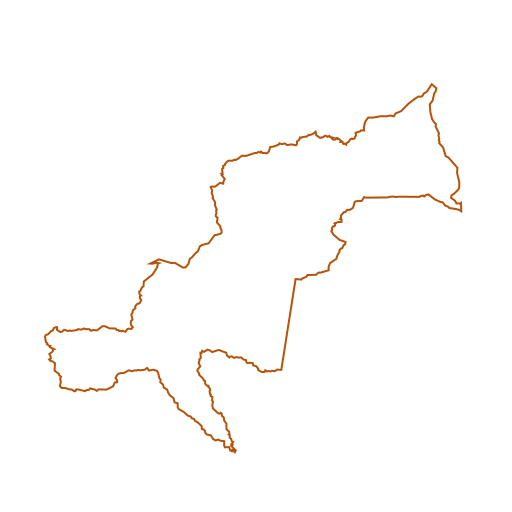 outline of San Juan Bosco, Morona Santiago, Ecuador, rotated 99°
{"feature_id": "8360857B91956383415021", "entity_name": "San Juan Bosco", "entity_type": "district", "adm_level": 2, "iso_a3": "ECU", "parent_name": "Ecuador", "parent_adm1": "Morona Santiago", "projection": "robinson", "projection_center": [-78.379, -3.26], "detail": "fine", "context": "isolated", "style": "outline", "palette": "amber", "viewbox_px": 512, "rotation_deg": 99, "n_neighbors": 0, "source": "geoboundaries", "source_scale": "gbopen_adm2", "svg_char_len": 6106}
<svg xmlns="http://www.w3.org/2000/svg" viewBox="0 0 512 512"><g transform="rotate(99 256 256)"><path d="M280.0,359.2L279.8,357.1L278.2,353.1L278.3,350.9L278.8,351.8L282.4,351.8L290.4,355.2L298.7,362.8L303.5,362.4L305.3,364.0L308.4,364.7L309.5,365.8L311.8,365.1L313.1,363.3L314.1,364.3L315.6,364.3L317.5,362.4L321.0,363.7L321.8,365.6L323.0,366.6L325.0,367.5L326.4,366.9L329.0,369.2L331.1,369.0L333.3,370.0L338.2,368.0L339.4,369.1L341.7,369.3L343.7,368.6L345.6,366.5L347.6,367.7L347.5,369.6L348.2,371.5L351.3,373.1L350.8,376.1L351.4,377.0L351.0,377.9L351.5,379.5L350.7,380.3L350.8,382.2L349.6,383.3L350.4,389.9L349.7,391.2L349.0,394.6L349.4,396.7L354.4,401.4L354.5,405.1L355.7,407.3L354.4,409.3L354.9,413.2L354.4,414.3L356.1,417.1L356.1,420.5L357.1,421.2L358.9,426.8L358.7,428.2L359.5,429.9L358.9,434.0L361.0,435.6L361.7,437.5L360.0,441.1L357.5,441.3L357.3,441.8L358.6,444.2L361.6,445.3L362.3,446.7L365.3,448.6L367.3,451.5L368.6,451.7L371.1,451.0L373.9,450.0L374.9,448.4L375.7,448.7L377.2,446.2L377.0,445.1L378.3,445.3L379.6,440.9L380.2,442.0L381.4,441.7L382.9,442.6L385.2,444.8L387.1,443.3L389.2,442.6L390.6,444.1L391.9,442.3L391.9,440.5L393.3,437.8L400.8,437.0L403.2,432.3L404.6,431.7L405.7,429.7L407.8,430.2L410.7,429.1L415.2,429.3L416.7,427.5L416.3,423.2L417.0,419.2L416.6,417.2L418.1,414.3L417.7,413.2L416.5,413.1L415.6,411.8L416.2,403.5L415.0,402.7L414.3,400.1L412.7,399.1L413.1,394.4L414.1,392.1L412.3,390.5L411.4,382.9L407.1,376.8L403.0,375.7L402.4,373.4L400.7,373.7L398.4,375.7L394.8,374.3L393.3,372.6L392.0,367.8L388.8,363.8L389.2,360.5L387.8,357.6L387.9,356.4L387.1,354.9L386.9,352.0L385.7,348.1L383.6,346.0L385.9,343.8L384.3,339.4L385.0,335.8L386.8,334.3L391.6,332.4L393.1,330.8L395.7,330.8L397.5,327.7L400.4,326.5L401.9,322.8L404.5,321.5L407.2,319.2L409.2,315.3L413.3,313.5L413.7,310.4L417.9,309.6L419.2,308.6L421.4,302.8L424.3,298.5L424.8,295.3L426.4,293.9L426.6,291.7L428.3,290.5L430.0,286.6L432.6,283.0L435.5,282.4L435.5,280.4L436.9,278.9L438.5,278.5L440.0,276.8L440.2,272.5L443.5,269.7L444.5,267.0L443.2,264.6L444.0,262.2L443.9,258.4L447.9,257.9L449.8,256.9L449.0,252.7L452.1,251.0L452.6,249.5L452.2,247.5L453.1,246.1L452.1,245.9L451.6,246.7L451.1,246.1L450.7,248.3L450.0,247.3L447.5,250.7L447.0,250.1L445.9,250.8L445.8,249.7L444.9,250.2L443.2,249.4L442.9,250.8L440.5,252.0L439.5,253.5L437.0,254.0L436.6,255.0L435.9,254.4L433.9,254.9L431.7,258.1L426.2,259.0L423.6,261.6L420.3,262.7L419.2,264.7L416.8,265.3L416.4,266.6L417.4,267.3L417.2,268.9L413.3,274.7L410.5,275.8L406.6,275.7L405.6,276.8L402.1,277.0L401.5,278.8L400.0,278.9L399.6,279.9L396.8,280.7L395.5,280.3L393.6,281.2L392.8,282.6L391.7,282.7L391.6,284.4L390.1,286.2L387.5,286.7L387.0,288.1L385.5,288.9L382.3,293.5L381.0,293.7L378.6,295.9L377.3,296.0L373.8,293.8L370.4,296.0L368.5,295.4L367.0,295.8L365.3,294.6L360.3,295.8L360.3,294.6L358.2,294.4L358.8,292.3L356.1,289.3L356.5,286.6L357.8,284.4L354.6,278.1L356.2,270.3L358.8,269.1L360.4,266.5L359.4,266.0L358.9,264.2L360.1,261.8L358.8,259.5L359.1,257.2L358.5,254.7L360.2,252.2L360.4,249.7L362.8,248.6L363.1,247.4L362.4,245.4L362.3,242.5L364.5,241.6L364.8,238.6L367.1,236.1L368.3,236.0L369.7,232.1L369.2,229.4L367.4,228.9L368.3,227.1L367.6,225.7L367.8,223.6L366.9,222.3L366.8,219.3L364.9,217.4L364.5,213.2L272.6,213.3L272.2,207.6L271.2,207.1L268.7,203.1L266.7,202.2L265.2,193.8L262.6,191.7L262.3,189.5L258.7,182.0L255.3,182.6L251.4,181.7L246.2,176.2L242.5,175.7L238.2,174.1L237.2,174.5L235.3,173.2L234.7,172.0L231.6,171.2L230.7,169.9L228.9,169.7L228.1,169.8L227.0,176.0L222.9,182.7L219.7,185.5L218.2,184.8L216.8,185.5L214.6,184.6L214.5,183.3L213.4,182.7L211.7,182.8L211.5,183.4L211.0,183.0L211.0,182.2L209.8,180.8L208.9,176.8L206.7,177.2L206.3,178.7L205.4,177.9L202.6,178.4L199.1,176.2L198.6,174.6L196.2,173.2L195.6,170.3L193.2,167.7L187.0,166.9L186.2,165.7L185.1,160.2L180.9,158.4L181.2,156.8L177.6,135.3L176.5,132.9L175.7,128.9L176.0,127.5L175.0,123.8L172.0,103.6L171.3,103.2L170.1,100.7L171.0,99.3L169.1,97.6L168.2,95.3L172.1,88.3L173.7,82.6L173.8,80.0L176.7,76.9L177.2,74.1L178.4,72.3L178.3,66.1L178.7,62.4L179.7,60.3L171.5,61.8L172.5,62.9L172.2,64.3L172.8,66.2L170.3,68.0L168.1,72.4L165.5,72.4L164.1,70.6L159.2,66.9L157.0,66.0L151.6,66.7L142.5,70.4L137.3,70.9L128.6,81.4L127.7,84.3L119.5,88.2L115.9,92.7L114.4,92.6L112.9,93.6L111.5,93.4L108.2,94.7L106.3,94.4L100.0,98.9L97.6,98.8L96.0,101.1L93.2,103.5L86.6,106.3L79.0,108.1L75.0,105.9L67.7,105.4L65.4,104.3L62.1,104.1L58.9,109.3L67.1,113.0L69.3,115.7L72.1,116.8L72.8,118.0L73.2,120.7L75.7,123.5L81.4,129.0L90.1,135.2L93.4,140.5L96.5,141.7L96.2,145.2L97.7,149.3L98.3,154.1L101.0,162.1L101.7,166.8L106.3,169.2L112.1,169.6L115.1,168.9L115.4,171.7L116.5,172.5L118.7,176.9L121.3,176.1L124.8,177.3L125.3,179.0L124.9,179.7L126.2,181.3L129.1,182.5L130.1,184.2L131.9,184.4L131.1,185.9L131.7,186.8L131.4,187.6L129.7,188.4L130.1,190.5L128.8,190.1L127.2,192.9L127.8,193.8L126.8,194.3L127.0,195.2L128.7,196.2L129.0,197.9L127.6,200.0L127.1,198.9L126.8,201.7L125.9,202.3L127.2,204.2L126.4,205.3L126.5,206.8L128.5,208.6L128.5,209.8L129.4,211.1L127.2,215.4L123.9,216.6L126.3,218.6L128.1,221.7L128.1,222.9L130.0,224.4L131.2,228.6L132.1,229.7L132.0,231.2L134.4,231.4L136.4,233.4L139.0,233.0L140.4,233.8L140.2,238.4L141.6,242.5L140.3,245.2L141.5,247.8L141.1,250.6L142.4,250.9L145.1,255.7L146.2,259.0L151.1,259.8L153.0,261.4L152.8,264.0L153.3,265.5L152.1,267.4L153.2,268.0L152.8,269.8L154.3,271.8L154.4,273.2L158.8,281.7L159.1,285.5L163.6,289.9L164.5,291.7L164.3,292.5L165.7,294.3L166.0,297.6L166.8,298.8L169.7,300.9L170.9,300.9L172.3,302.6L174.2,302.0L175.4,303.1L179.6,302.0L180.1,303.0L180.9,301.8L181.7,302.5L184.8,298.9L187.6,299.8L189.7,299.7L189.4,303.0L193.9,307.2L194.3,310.7L194.9,311.6L198.2,309.5L200.7,309.6L204.5,307.6L205.4,308.0L209.3,304.8L212.3,304.5L216.5,302.0L217.5,302.5L219.9,301.7L221.3,302.2L223.0,301.9L224.4,299.9L228.9,299.9L232.2,295.9L233.6,295.7L235.7,294.1L238.6,293.7L239.8,294.9L242.1,300.3L250.8,304.7L253.5,310.9L255.2,312.9L260.5,314.2L262.9,316.4L267.3,319.0L269.1,320.9L274.4,321.5L278.2,323.7L278.8,326.5L275.5,335.0L276.2,338.9L274.5,351.3L280.0,359.2Z" fill="none" stroke="#b45309" stroke-width="2"/></g></svg>